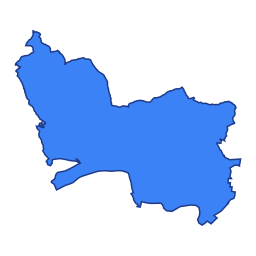 Soimus, Hunedoara, Romania
{"feature_id": "2599482B73635822443481", "entity_name": "Soimus", "entity_type": "district", "adm_level": 2, "iso_a3": "ROU", "parent_name": "Romania", "parent_adm1": "Hunedoara", "projection": "equal_earth", "projection_center": [22.855, 45.95], "detail": "fine", "context": "isolated", "style": "filled", "palette": "blue", "viewbox_px": 256, "rotation_deg": 0, "n_neighbors": 0, "source": "geoboundaries", "source_scale": "gbopen_adm2", "svg_char_len": 5693}
<svg xmlns="http://www.w3.org/2000/svg" viewBox="0 0 256 256"><path d="M136.4,206.5L140.2,207.1L141.6,201.6L145.8,202.7L150.7,203.4L160.8,203.2L162.6,204.9L163.9,208.4L166.7,210.8L172.1,211.3L180.1,206.6L190.8,205.0L196.0,205.4L199.0,207.5L199.8,212.1L199.5,215.3L197.6,219.6L198.9,223.0L202.1,225.1L202.9,224.4L204.6,223.6L207.1,221.1L211.1,223.8L217.1,217.9L216.0,217.2L214.0,215.5L221.1,211.1L228.5,203.1L227.9,202.7L230.4,199.9L230.8,199.5L233.9,198.4L234.2,197.2L234.7,196.0L235.2,192.0L231.6,191.4L232.0,186.8L230.1,187.1L230.4,182.6L228.1,183.0L228.2,179.8L228.5,178.5L228.8,178.7L231.5,178.6L231.2,178.0L230.1,177.3L230.1,176.7L229.9,176.2L230.3,174.7L231.0,171.5L229.9,168.0L233.8,165.7L235.2,165.1L237.3,165.1L239.5,166.0L239.4,164.3L239.8,163.7L240.6,159.0L230.1,159.7L228.8,159.4L228.4,158.9L227.0,158.5L225.4,157.5L224.6,157.3L224.3,155.6L223.8,155.8L222.5,153.8L221.1,150.4L219.9,149.9L219.5,148.5L217.2,144.0L216.8,143.0L218.3,142.9L219.8,143.4L220.8,143.3L221.3,140.6L220.1,139.4L220.7,139.1L224.7,140.8L224.4,139.9L224.6,139.0L225.4,137.2L226.6,135.9L225.8,134.1L227.6,129.9L227.5,128.5L227.1,126.6L229.0,125.9L230.2,124.9L231.2,124.7L232.3,124.0L232.9,124.1L233.2,123.6L234.5,123.3L234.5,123.1L234.3,122.9L234.4,122.6L233.8,121.8L233.1,120.5L233.1,120.1L232.7,119.2L232.6,118.1L234.7,115.1L235.0,114.0L235.0,112.9L234.7,112.2L234.6,110.5L234.9,109.3L236.0,107.9L235.5,106.9L235.5,106.2L234.4,104.9L232.1,103.4L231.7,102.6L230.2,102.3L229.0,101.4L228.2,101.6L227.8,101.4L226.8,101.8L224.6,101.9L222.5,103.0L220.5,103.1L219.5,103.9L218.8,104.8L217.8,104.5L215.0,104.7L211.4,104.2L210.9,104.6L210.0,104.9L207.6,103.9L205.6,103.3L204.9,103.2L203.7,103.5L202.9,103.5L200.9,102.3L199.0,102.7L193.4,99.9L193.5,99.1L194.4,98.2L193.7,97.4L190.6,98.5L188.5,98.6L187.8,96.7L186.1,94.9L185.7,93.6L184.2,90.9L183.9,89.6L182.1,87.2L179.9,88.6L178.4,88.9L176.8,88.8L174.7,89.3L172.1,90.6L170.1,90.9L168.2,91.6L166.3,92.8L165.1,94.2L162.9,95.1L160.4,96.8L156.1,97.9L154.6,97.7L153.4,98.4L150.5,101.8L148.6,102.3L145.2,101.6L143.0,100.7L142.0,100.7L140.8,100.3L138.0,100.6L135.8,101.3L134.6,101.4L134.2,101.8L133.3,102.4L129.3,103.7L128.3,105.8L128.5,106.8L128.0,107.0L127.7,106.7L127.0,106.4L124.7,106.0L123.2,105.9L121.9,106.2L121.0,106.8L120.0,107.1L118.1,106.9L116.0,106.0L114.5,106.0L112.2,105.5L111.6,105.0L111.6,104.1L111.3,103.8L111.5,103.3L110.8,100.5L111.0,98.4L110.4,97.2L110.2,96.5L110.3,95.6L109.0,92.6L108.5,89.3L108.2,88.0L107.6,86.5L107.4,81.5L103.5,74.6L102.3,74.1L101.6,73.4L98.4,71.5L97.3,70.3L97.1,69.7L96.5,69.4L95.9,68.7L92.7,64.2L91.3,61.7L90.8,60.1L90.6,59.9L88.4,59.0L86.3,59.1L85.5,59.0L84.8,58.7L84.2,58.0L83.2,57.8L82.7,57.9L82.3,58.2L80.3,58.4L77.7,59.0L77.4,59.2L77.5,59.3L75.8,59.8L71.8,60.3L69.8,61.6L67.8,62.2L66.4,62.9L65.5,63.8L65.5,64.2L64.8,64.2L65.1,61.9L64.8,59.3L62.6,55.4L61.6,54.3L59.9,53.4L59.4,52.8L59.9,52.6L58.5,51.0L57.6,50.4L56.2,51.3L52.4,51.7L50.9,52.4L50.4,50.9L50.4,49.4L50.3,48.4L49.4,46.8L47.8,45.7L47.2,45.6L45.4,44.4L44.1,44.3L41.4,42.3L40.5,38.1L39.5,37.4L39.1,36.6L39.3,36.1L40.2,35.1L40.3,34.5L40.0,33.7L39.4,33.1L37.5,32.4L36.6,31.8L34.4,32.2L33.6,31.6L33.2,31.1L33.4,31.0L33.1,30.9L33.0,32.2L33.2,34.6L32.7,35.9L31.3,38.3L30.6,39.3L29.1,39.9L28.0,41.4L27.2,42.2L26.7,43.1L25.7,45.6L31.1,45.8L32.9,47.5L33.1,48.1L33.0,49.8L33.5,51.5L33.5,52.1L32.7,52.7L31.7,52.9L28.7,55.1L27.2,55.6L25.6,55.6L22.2,56.5L21.0,57.3L20.0,59.5L19.3,60.5L18.3,61.0L15.8,63.6L15.4,64.8L15.9,65.2L16.1,65.1L16.7,64.2L16.9,64.2L17.7,65.6L18.5,66.0L19.4,67.2L20.3,67.1L19.3,68.5L18.6,68.2L18.3,68.4L17.7,69.7L16.7,69.9L16.2,70.4L16.0,71.5L17.9,72.4L17.7,73.5L17.8,74.9L17.2,75.8L18.6,77.2L19.7,78.8L22.6,84.1L22.8,85.2L23.5,86.5L23.8,88.8L24.4,88.8L24.5,89.0L24.7,90.3L24.7,91.0L24.9,91.5L24.9,92.7L25.5,93.4L26.0,95.8L26.4,96.7L26.5,97.4L27.2,98.6L28.1,99.4L28.7,99.7L29.0,100.6L28.9,101.1L29.2,101.5L28.8,102.6L29.0,103.3L28.8,103.9L29.4,104.2L30.3,105.2L31.8,105.9L32.3,106.3L32.5,106.9L33.0,107.3L33.6,108.4L34.4,111.1L35.8,112.3L35.9,113.0L36.2,113.4L36.3,114.4L37.7,115.1L38.0,116.0L38.6,116.4L38.6,117.2L39.8,118.1L40.0,119.2L41.7,120.1L42.7,121.0L43.5,121.1L44.7,122.2L44.4,122.2L44.7,122.9L45.4,123.5L45.0,123.9L44.7,123.7L44.8,124.0L44.3,124.3L43.9,123.9L43.8,124.0L43.8,124.5L42.8,124.8L41.9,123.8L42.1,122.7L41.9,122.2L41.5,122.6L41.0,123.3L40.7,123.5L40.1,123.2L39.9,123.5L39.6,123.4L39.5,123.6L39.2,125.4L39.4,125.8L40.7,125.9L41.4,126.4L42.0,126.3L41.7,125.9L42.4,125.9L43.0,126.5L43.8,126.6L43.8,127.4L42.6,127.3L42.1,127.6L40.0,126.4L39.5,126.3L38.6,125.5L37.2,126.8L36.5,126.4L36.9,128.0L37.7,129.1L39.6,131.1L39.6,131.7L39.1,132.6L39.2,133.4L38.8,134.4L38.9,134.5L39.0,136.1L39.3,137.0L40.5,138.4L41.4,140.2L41.8,141.3L41.6,142.1L41.8,142.6L42.7,144.2L43.2,145.5L43.2,146.9L43.6,148.4L43.6,149.0L42.9,150.4L43.0,151.3L44.4,153.3L44.9,154.5L48.9,158.8L47.6,159.7L46.2,161.5L46.4,161.8L47.2,162.3L47.4,163.2L47.4,163.9L47.9,164.7L50.3,165.7L50.9,165.3L51.6,163.8L52.2,163.3L52.1,161.0L52.7,159.7L54.9,159.2L59.8,158.6L64.2,159.2L70.2,160.6L76.8,161.3L78.3,162.5L78.6,162.3L77.9,161.0L76.4,159.2L76.9,159.3L79.0,160.9L79.3,161.8L80.4,163.0L70.7,168.3L65.0,171.0L57.8,172.4L56.5,173.6L55.7,175.1L55.3,176.9L55.2,178.2L53.6,179.8L51.9,181.0L51.7,181.0L51.3,181.9L51.6,182.5L54.2,184.3L56.5,189.9L65.5,185.3L69.3,184.1L73.0,182.6L78.4,178.1L80.6,176.8L83.4,175.8L96.0,171.8L99.1,171.1L104.2,170.7L111.9,171.2L118.2,170.6L121.8,170.8L123.2,171.2L126.3,172.1L127.9,172.9L128.4,173.4L129.1,175.1L129.4,177.1L131.2,183.0L131.7,187.3L132.4,190.1L133.4,192.6L132.2,193.2L131.5,193.3L131.0,193.7L132.4,195.6L133.6,198.4L133.5,199.3L134.3,201.1L135.9,203.4L138.5,205.3L137.6,206.4L136.4,206.5Z" fill="#3b82f6" stroke="#1e3a8a" stroke-width="1.5"/></svg>